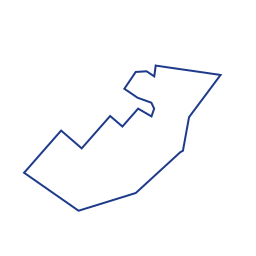 outline of 51, Ar Rayyān, Qatar, rotated 306°
{"feature_id": "91078587B34371380976540", "entity_name": "51", "entity_type": "district", "adm_level": 2, "iso_a3": "QAT", "parent_name": "Qatar", "parent_adm1": "Ar Rayyān", "projection": "robinson", "projection_center": [51.403, 25.348], "detail": "fine", "context": "isolated", "style": "outline", "palette": "blue", "viewbox_px": 256, "rotation_deg": 306, "n_neighbors": 0, "source": "geoboundaries", "source_scale": "gbopen_adm2", "svg_char_len": 467}
<svg xmlns="http://www.w3.org/2000/svg" viewBox="0 0 256 256"><g transform="rotate(306 128 128)"><path d="M30.7,70.2L32.0,136.6L80.0,172.5L139.1,184.5L141.9,185.8L172.7,171.0L225.3,171.7L212.8,147.9L205.9,134.9L194.9,114.0L194.8,113.7L185.2,118.9L184.8,109.7L177.9,101.3L157.6,102.0L158.1,118.0L162.2,132.0L159.0,137.8L151.2,140.2L149.6,124.8L125.9,122.6L127.2,106.5L84.3,102.5L86.6,75.4L33.3,70.5L30.7,70.2Z" fill="none" stroke="#1e3a8a" stroke-width="2"/></g></svg>